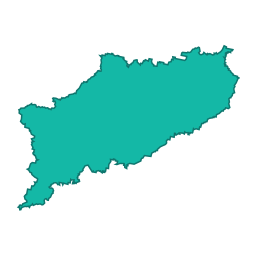 Tamworth, New South Wales, Australia, rotated 272°
{"feature_id": "25037944B76870107962046", "entity_name": "Tamworth", "entity_type": "district", "adm_level": 2, "iso_a3": "AUS", "parent_name": "Australia", "parent_adm1": "New South Wales", "projection": "albers", "projection_center": [151.073, -30.922], "detail": "fine", "context": "isolated", "style": "filled", "palette": "teal", "viewbox_px": 256, "rotation_deg": 272, "n_neighbors": 0, "source": "geoboundaries", "source_scale": "gbopen_adm2", "svg_char_len": 5771}
<svg xmlns="http://www.w3.org/2000/svg" viewBox="0 0 256 256"><g transform="rotate(272 128 128)"><path d="M100.4,151.9L103.7,152.6L105.4,155.3L105.2,156.0L106.4,156.8L106.5,158.2L107.6,158.1L110.4,161.0L113.0,166.1L114.4,167.1L116.5,166.8L118.0,168.2L117.6,170.2L121.0,170.8L120.4,174.4L124.3,174.7L124.2,175.5L122.7,175.7L122.6,176.3L124.0,178.2L123.7,179.9L124.9,179.4L124.8,183.0L124.0,184.5L126.1,184.9L125.3,185.9L125.5,188.2L123.6,188.2L123.5,189.2L124.5,188.8L125.0,189.3L124.8,190.2L125.6,190.3L125.3,192.4L125.7,192.8L129.3,193.4L128.7,193.8L129.6,196.0L128.9,199.1L132.2,199.7L131.6,199.8L131.4,200.6L135.1,201.5L135.1,202.9L136.1,203.5L136.0,204.6L136.7,204.9L137.1,206.7L139.5,207.3L140.6,209.2L141.2,212.4L141.8,212.5L141.6,213.6L142.5,213.7L142.1,215.7L144.5,216.0L145.7,218.7L148.4,221.3L148.2,222.5L149.6,222.9L150.1,224.2L151.6,224.9L150.9,227.6L152.0,229.0L156.0,227.8L157.5,228.4L160.7,227.8L161.8,228.8L161.8,229.7L163.5,230.3L163.8,231.0L166.1,231.4L167.0,233.3L169.8,232.5L171.5,232.4L173.1,233.4L174.3,232.8L176.9,234.5L181.6,236.3L181.9,237.7L182.3,235.4L183.4,235.6L184.5,231.2L185.5,231.2L187.6,228.6L188.2,228.7L189.2,227.6L189.3,226.5L190.7,226.9L191.0,225.6L192.3,225.7L193.3,225.0L193.0,224.0L193.6,223.8L193.5,222.8L194.6,223.3L194.6,222.5L195.6,222.1L196.5,223.3L196.9,222.5L199.2,222.3L199.8,223.0L201.8,221.7L201.4,222.7L202.9,223.1L202.8,222.4L203.5,223.5L204.2,222.9L204.4,223.3L205.4,223.2L205.1,223.7L205.8,224.1L206.3,223.0L206.9,223.7L206.6,224.8L207.3,225.0L206.9,225.6L207.6,225.8L207.0,227.9L207.8,227.8L208.9,228.8L208.9,229.6L210.0,230.1L211.1,223.3L212.5,223.5L213.5,221.2L209.6,219.6L207.5,218.0L205.0,214.5L206.3,213.6L205.4,212.7L205.8,211.5L204.4,211.5L203.9,210.2L205.2,207.2L204.7,206.2L205.2,205.0L204.3,204.8L204.7,204.3L204.1,203.9L206.2,201.2L204.6,200.5L203.7,198.5L204.1,197.2L205.7,196.0L207.1,197.3L210.8,196.5L211.2,195.6L210.0,193.8L210.3,192.4L209.4,191.8L208.9,189.9L206.2,188.1L205.5,186.7L205.9,185.1L205.2,184.2L205.5,179.9L204.8,179.1L202.5,178.7L201.6,184.2L198.9,183.8L197.5,182.4L199.1,172.6L200.3,172.8L200.7,170.3L197.8,170.7L198.1,169.2L195.8,168.8L195.2,166.5L192.6,165.7L193.4,161.4L194.6,161.4L195.2,157.5L194.4,157.8L194.8,155.5L190.7,154.8L191.0,151.5L191.8,151.7L193.3,149.9L195.5,149.1L197.5,149.6L198.0,146.7L195.6,146.0L196.8,143.0L195.7,142.4L196.1,142.1L195.8,141.3L192.9,140.0L193.1,138.4L191.4,138.1L194.2,134.9L196.3,134.8L196.4,134.0L195.7,131.6L193.4,130.6L192.5,128.9L191.5,128.9L191.4,127.7L190.5,126.9L188.7,126.3L189.8,124.9L190.7,124.7L191.3,126.0L193.4,124.0L194.5,124.4L194.9,123.0L197.0,120.7L197.5,121.5L198.4,121.3L199.3,116.0L199.9,116.1L200.1,115.0L199.5,112.7L200.9,110.4L201.8,110.2L201.9,109.1L201.1,109.0L201.8,104.9L200.9,104.7L201.2,102.9L199.5,102.6L200.0,99.6L199.0,99.5L199.3,97.6L197.1,99.5L195.2,98.7L192.4,99.2L188.6,98.3L188.3,98.9L186.3,98.6L185.6,99.3L183.8,99.0L183.9,97.2L184.4,97.1L184.0,95.7L182.4,94.9L180.9,92.9L179.9,93.6L179.7,92.6L178.4,92.1L177.5,89.6L175.9,88.4L175.0,86.6L172.7,85.7L172.9,84.9L172.2,84.8L172.7,82.2L171.6,82.0L171.1,80.3L166.2,78.0L163.5,75.4L160.6,74.7L161.0,73.5L160.1,72.1L159.3,68.5L158.6,67.4L157.2,67.3L157.0,65.5L155.7,63.8L155.9,62.6L155.4,61.6L156.0,60.9L153.6,59.3L154.3,58.4L154.0,57.8L155.2,55.0L155.4,52.2L154.8,51.7L153.3,52.9L152.2,52.0L151.6,53.0L152.0,54.2L150.5,54.7L149.0,53.9L147.0,54.9L145.1,53.4L145.3,51.2L143.7,50.4L144.4,49.3L144.2,48.3L145.4,47.1L145.0,44.8L145.9,44.0L145.6,42.3L146.2,41.6L145.4,40.0L146.4,38.0L145.5,36.3L145.9,35.7L147.6,35.2L148.2,34.2L147.9,31.7L148.1,30.9L149.0,30.8L147.2,28.3L146.9,26.6L146.2,26.6L145.5,24.8L144.3,24.0L144.1,20.3L143.2,19.8L142.4,18.3L141.5,18.8L139.1,18.7L137.3,21.4L133.0,21.2L130.8,20.4L128.5,22.6L128.0,23.9L128.5,25.1L125.2,24.9L124.1,29.3L122.8,29.5L122.1,30.5L121.6,29.8L120.6,30.9L118.5,31.7L116.6,35.0L114.9,34.8L113.8,31.9L112.0,32.9L111.2,34.2L110.5,32.2L109.1,32.8L108.1,32.1L105.3,33.7L103.7,33.0L103.1,35.2L101.0,34.6L100.7,35.0L99.7,33.8L98.3,34.4L98.2,35.4L97.3,35.5L97.1,36.4L93.7,37.5L93.1,39.2L92.1,37.2L89.8,36.9L90.1,33.5L88.8,31.9L84.1,30.5L83.3,28.8L82.4,30.3L80.2,31.7L79.9,33.1L78.1,33.6L75.7,36.5L74.2,39.4L73.2,39.4L70.5,38.6L70.7,36.5L69.5,37.2L67.9,36.6L66.6,35.5L66.8,33.9L62.9,33.1L63.4,29.8L58.0,29.0L58.0,28.3L56.1,26.8L53.3,27.6L52.1,29.2L50.5,29.6L48.5,25.4L47.5,25.1L46.7,23.9L47.3,23.0L46.9,22.2L46.0,22.2L45.0,21.0L44.2,22.6L42.5,22.7L42.6,23.7L44.9,24.7L46.1,27.8L45.9,29.6L46.4,31.1L45.2,32.3L47.0,33.0L47.7,34.6L48.8,35.2L47.4,36.1L49.0,39.3L48.5,40.1L49.1,42.9L48.2,44.7L48.5,45.8L50.1,47.3L52.8,46.7L54.3,47.8L54.5,48.7L53.1,49.8L53.0,50.9L54.8,51.2L56.3,53.0L59.3,54.1L60.4,55.5L61.5,55.1L62.6,55.8L64.7,55.0L65.4,53.8L65.2,52.2L66.2,51.2L67.5,53.1L67.8,52.7L68.8,53.1L69.7,55.0L70.5,55.7L70.8,57.6L70.4,58.9L69.0,59.7L69.2,60.5L68.6,61.7L71.2,61.2L70.8,64.1L68.9,64.8L70.6,65.5L69.6,69.9L71.4,70.1L71.1,72.1L74.6,72.6L74.0,73.2L74.3,75.9L72.0,75.6L72.1,74.8L70.4,74.5L70.7,76.7L71.7,77.0L70.9,78.1L71.8,78.6L72.7,80.9L73.5,80.8L73.4,81.3L74.8,80.9L75.0,79.5L76.8,79.0L77.1,79.6L78.2,79.4L79.6,81.0L80.3,80.1L80.8,81.2L82.4,81.6L82.6,83.2L84.3,84.6L85.1,84.3L88.7,86.4L89.5,89.3L82.9,93.8L83.3,94.4L82.9,94.3L82.4,97.6L83.8,97.8L84.4,100.3L83.8,101.1L84.2,102.0L83.1,102.5L82.3,103.8L84.2,104.1L84.1,104.9L83.0,104.7L82.8,105.4L82.8,106.1L83.9,106.2L83.7,107.0L87.2,107.6L86.8,109.9L91.0,110.1L94.0,112.0L96.0,111.6L95.6,114.3L96.5,114.5L96.3,115.6L95.8,115.5L95.6,116.7L94.7,116.6L94.4,118.8L91.9,118.3L91.3,117.1L91.1,118.2L92.3,121.2L92.3,125.3L91.0,125.7L91.2,125.1L90.6,125.0L90.5,126.0L88.4,126.2L87.5,128.1L89.8,128.0L90.3,129.2L91.3,128.4L92.7,130.9L92.1,135.4L95.2,141.4L95.7,142.1L96.4,141.9L98.1,142.7L98.5,143.9L101.0,145.4L100.4,151.9Z" fill="#14b8a6" stroke="#0f766e" stroke-width="1.5"/></g></svg>